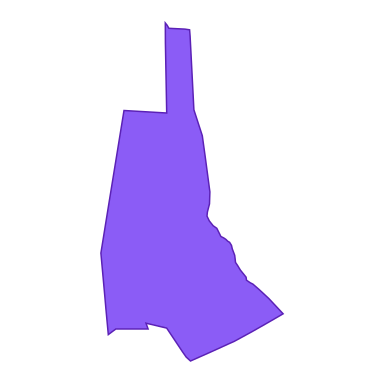 the district of São Braz do Piauí, Piauí, Brazil
{"feature_id": "56859067B60100014929673", "entity_name": "São Braz do Piauí", "entity_type": "district", "adm_level": 2, "iso_a3": "BRA", "parent_name": "Brazil", "parent_adm1": "Piauí", "projection": "natural_earth1", "projection_center": [-42.969, -8.916], "detail": "fine", "context": "isolated", "style": "filled", "palette": "violet", "viewbox_px": 384, "rotation_deg": 0, "n_neighbors": 0, "source": "geoboundaries", "source_scale": "gbopen_adm2", "svg_char_len": 821}
<svg xmlns="http://www.w3.org/2000/svg" viewBox="0 0 384 384"><path d="M190.5,361.0L211.2,351.8L229.0,343.7L234.0,341.5L251.8,331.8L269.0,322.0L283.1,313.8L268.8,298.5L259.3,289.7L252.9,284.1L250.3,282.8L246.5,280.2L246.1,277.2L240.4,270.1L237.6,265.5L235.5,262.4L235.2,259.4L234.7,255.3L232.3,248.9L231.5,245.4L229.6,242.3L227.7,241.2L225.9,239.4L223.7,237.9L220.9,236.5L216.8,228.3L213.1,225.7L209.3,220.9L207.0,216.1L207.4,212.0L209.5,203.9L209.9,191.9L205.1,155.9L202.3,135.7L193.9,109.8L190.1,36.1L189.6,29.8L184.9,29.1L168.9,28.3L167.1,25.2L165.3,23.0L165.4,42.8L166.7,113.0L124.0,110.5L109.2,201.6L100.9,253.1L104.9,297.3L105.9,308.8L108.3,334.6L115.8,329.0L136.8,329.0L148.1,329.0L146.0,323.2L166.7,328.1L173.5,338.3L182.5,351.8L186.2,357.1L190.5,361.0Z" fill="#8b5cf6" stroke="#5b21b6" stroke-width="1.5"/></svg>